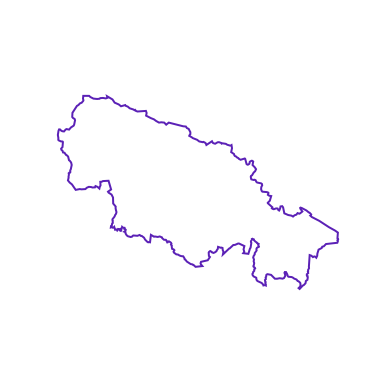 Jacala de Ledezma, Hidalgo, Mexico, rotated 323°
{"feature_id": "50627088B43543909000862", "entity_name": "Jacala de Ledezma", "entity_type": "district", "adm_level": 2, "iso_a3": "MEX", "parent_name": "Mexico", "parent_adm1": "Hidalgo", "projection": "natural_earth1", "projection_center": [-99.159, 20.965], "detail": "fine", "context": "isolated", "style": "outline", "palette": "violet", "viewbox_px": 384, "rotation_deg": 323, "n_neighbors": 0, "source": "geoboundaries", "source_scale": "gbopen_adm2", "svg_char_len": 6096}
<svg xmlns="http://www.w3.org/2000/svg" viewBox="0 0 384 384"><g transform="rotate(323 192 192)"><path d="M254.3,197.0L250.2,195.5L249.4,193.7L249.4,192.8L248.8,191.7L248.6,190.3L247.9,189.0L247.9,188.2L248.4,187.0L247.3,183.7L250.3,181.1L251.8,178.3L250.8,178.2L250.3,177.8L248.6,175.5L248.0,173.9L245.6,171.4L244.8,171.2L244.9,170.5L243.5,168.4L242.3,167.7L239.6,167.4L238.9,166.6L238.2,165.2L238.5,163.5L231.8,163.1L232.3,161.4L231.9,160.0L231.2,158.8L230.6,158.7L228.2,156.0L227.5,153.4L225.0,149.3L224.8,148.3L223.6,145.5L224.5,145.0L225.5,144.8L226.7,143.2L227.3,139.6L226.4,137.8L226.5,136.0L224.5,134.2L215.2,122.6L211.9,122.7L211.6,119.9L209.5,117.9L207.4,116.7L206.1,113.7L205.3,111.0L203.7,108.4L201.3,103.4L203.3,101.6L204.0,99.5L196.9,94.9L196.0,93.5L196.0,92.2L195.3,92.1L194.9,90.9L192.6,87.6L192.1,85.2L190.9,83.2L191.0,82.4L186.9,80.8L186.2,78.0L184.0,74.1L184.2,70.2L181.8,64.4L181.2,65.9L179.5,65.4L177.5,63.3L175.2,61.8L174.3,61.9L172.2,60.6L169.5,58.1L168.0,55.0L167.7,53.3L163.0,49.8L161.1,51.9L160.5,53.4L159.9,53.8L157.6,54.3L155.8,53.8L153.7,54.2L151.9,54.0L144.2,56.8L141.5,60.0L141.5,61.2L142.2,63.0L141.8,64.3L138.4,67.3L137.4,67.8L134.1,67.6L131.4,68.2L129.6,66.2L128.6,66.1L126.2,66.6L125.0,65.4L124.5,64.4L124.2,62.5L123.5,62.0L122.2,62.8L119.2,65.7L117.8,68.4L116.6,69.9L116.6,70.5L117.7,72.6L119.0,73.8L119.0,74.4L115.6,78.2L113.6,78.6L113.1,79.6L113.4,81.2L112.8,82.8L113.8,83.9L113.7,86.5L114.0,86.8L114.4,89.1L112.9,92.6L113.2,93.6L113.2,95.7L112.2,98.0L109.0,100.8L107.7,101.5L106.8,102.9L106.0,103.1L105.7,102.7L104.8,102.8L104.2,104.0L102.4,105.7L102.1,106.3L99.9,108.1L100.0,110.8L100.7,113.7L100.4,120.3L104.1,122.1L105.4,123.4L108.6,125.5L110.6,125.3L112.7,125.8L114.4,127.3L115.2,128.5L117.3,129.9L118.5,129.2L119.6,131.0L120.1,133.5L121.4,132.4L122.9,131.7L124.9,128.7L125.9,129.4L127.5,129.7L132.1,132.8L128.9,141.3L125.1,141.2L125.0,142.3L126.2,145.6L125.6,148.9L122.1,153.8L122.3,157.7L121.3,158.8L120.1,161.2L120.0,161.8L119.2,163.0L117.7,163.9L116.8,164.1L115.4,165.0L112.1,165.9L111.5,166.6L111.4,167.4L110.5,168.2L110.2,169.0L109.0,169.3L107.9,170.4L106.9,170.4L105.8,171.5L107.1,172.0L107.3,172.9L107.9,173.2L108.9,173.0L107.9,175.9L108.7,176.1L109.2,176.6L109.1,177.8L109.7,177.7L110.7,177.0L111.7,177.9L111.3,179.5L111.6,180.1L112.1,180.3L113.2,179.3L113.4,178.5L114.5,178.4L115.2,177.8L115.4,179.0L116.6,180.0L116.5,180.4L115.8,180.8L116.3,181.9L116.3,182.4L115.0,182.9L114.0,182.9L114.7,184.1L114.2,184.7L113.9,185.7L113.8,187.4L114.2,188.8L116.0,191.1L117.5,191.6L118.4,191.3L119.1,191.5L122.0,194.1L124.3,194.8L124.8,196.4L125.4,196.8L126.2,199.6L125.9,201.7L126.3,204.8L126.7,205.8L127.4,206.0L128.2,206.9L133.4,201.5L134.8,204.9L135.5,205.1L137.6,207.3L139.5,208.1L140.7,210.2L140.4,210.9L140.9,213.3L142.3,214.4L142.4,214.8L141.9,217.4L142.4,217.6L143.2,217.1L144.0,217.7L144.7,219.8L144.5,220.9L143.5,221.4L143.6,222.7L143.0,223.3L141.9,225.4L142.8,226.8L142.9,227.9L141.3,228.6L141.1,229.5L141.9,232.3L143.2,233.6L143.8,235.2L144.8,236.7L146.3,238.1L146.1,240.2L145.6,241.4L146.0,241.8L146.0,244.4L147.6,248.8L148.6,249.8L149.0,251.0L149.3,251.1L149.8,253.9L155.7,257.4L155.6,255.1L156.0,254.0L157.2,253.2L163.5,256.0L167.2,254.7L167.0,253.3L168.8,250.5L169.6,250.1L171.0,250.1L171.7,251.6L171.5,252.0L172.5,253.6L174.1,254.0L175.9,254.0L176.5,253.5L178.3,253.0L179.8,251.5L181.4,253.8L181.9,254.0L182.7,255.0L181.5,257.1L181.2,258.6L179.1,260.5L187.7,259.5L188.2,259.7L193.1,259.2L194.5,260.1L197.8,260.9L198.5,261.4L201.3,266.7L198.7,268.8L197.8,271.1L196.1,271.7L199.8,275.3L204.2,272.1L205.3,271.7L208.8,268.3L208.9,267.5L209.4,266.8L211.6,266.0L211.7,265.6L212.1,265.7L212.3,266.5L212.8,266.8L212.9,267.1L212.5,267.8L212.8,269.7L213.4,271.6L213.2,272.0L213.6,272.7L213.4,273.1L213.9,273.6L212.9,274.5L212.6,275.9L212.1,276.1L211.3,275.7L210.2,275.7L209.1,276.3L208.4,277.6L205.3,278.6L204.5,279.6L202.7,280.2L201.4,281.2L200.9,283.2L199.5,284.5L198.9,286.2L197.4,287.6L196.4,288.1L196.2,288.7L196.5,289.5L196.3,289.9L196.6,290.4L196.5,291.0L195.0,291.4L194.3,292.4L192.7,292.7L192.2,293.3L190.9,293.8L190.4,294.9L190.4,296.5L191.7,299.1L190.7,300.9L190.7,302.5L192.9,306.6L193.1,308.8L192.8,309.6L194.3,310.3L194.7,311.1L195.4,310.2L195.7,308.8L196.6,308.3L196.5,307.7L197.3,306.2L198.6,306.0L199.4,304.5L200.1,304.4L201.4,303.0L202.4,302.9L202.9,303.1L205.3,305.8L206.0,311.1L207.8,312.5L210.1,313.6L212.2,315.7L213.6,316.1L215.6,315.3L216.5,314.4L217.2,312.2L218.0,311.8L218.9,312.5L218.5,315.3L218.0,316.0L217.9,317.2L218.1,317.8L220.4,319.9L221.0,321.0L221.5,322.7L222.8,324.8L222.8,326.6L223.3,327.3L223.7,329.0L223.7,329.9L222.9,331.3L221.6,332.6L219.3,332.9L219.6,334.2L224.1,333.4L225.3,333.6L227.7,333.2L229.4,331.6L231.3,331.6L232.9,330.1L233.5,329.1L233.2,329.0L233.5,327.7L234.2,326.8L236.0,326.7L236.7,325.2L237.2,325.1L237.7,324.2L239.6,323.3L240.4,322.0L248.0,313.2L249.0,314.7L249.4,316.8L250.8,317.0L251.4,317.6L251.7,319.3L253.6,318.3L255.0,316.7L258.4,314.2L261.8,314.8L263.1,314.1L264.6,314.7L267.7,314.2L277.5,320.0L279.0,319.0L279.1,318.0L279.5,317.9L279.4,318.2L280.2,317.8L280.5,317.2L280.3,316.5L284.1,312.2L283.0,308.8L280.2,302.5L276.3,291.7L272.6,284.0L272.3,282.2L272.8,282.3L273.7,281.7L273.4,279.2L273.0,278.7L272.3,275.7L270.1,271.0L269.3,269.8L268.8,269.8L268.5,270.5L268.4,274.0L265.4,274.1L264.6,273.9L263.6,272.4L261.7,272.9L259.9,272.3L257.9,272.4L257.2,270.7L255.0,268.3L252.9,264.6L255.5,259.1L255.5,257.6L254.0,256.8L252.4,258.2L250.5,259.3L250.1,258.6L250.4,256.7L249.3,255.7L247.0,255.0L246.2,253.9L246.0,253.0L247.0,252.6L245.8,246.6L246.0,246.2L248.9,245.8L252.8,242.9L251.4,241.4L250.9,239.9L252.5,238.8L252.5,238.3L251.7,237.1L248.4,234.1L248.3,233.1L248.9,231.3L250.4,229.7L252.1,228.9L252.7,227.6L252.4,226.7L249.7,223.6L249.5,222.4L249.9,220.9L249.4,219.9L248.6,219.6L247.3,218.0L247.0,217.6L247.2,216.9L248.1,215.2L248.8,214.7L250.0,214.8L252.9,213.6L254.9,213.4L256.9,212.3L257.0,210.0L256.6,206.9L259.2,204.5L259.0,203.5L258.4,202.9L256.4,202.6L254.8,204.0L253.3,203.9L252.7,203.5L252.4,202.5L254.4,197.6L254.3,197.0Z" fill="none" stroke="#5b21b6" stroke-width="2"/></g></svg>